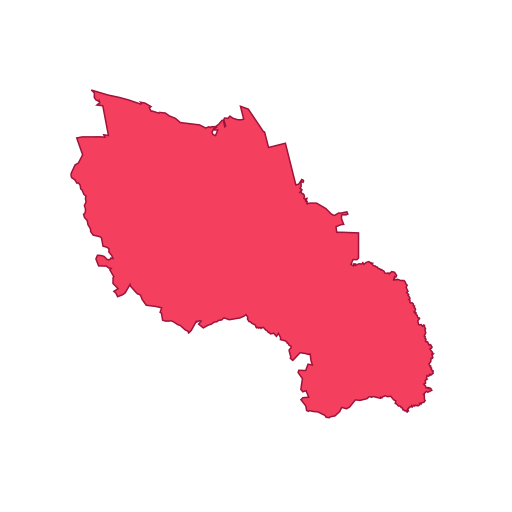 Rudbāržu pag., Skrundas, Latvia (Mercator projection), rotated 282°
{"feature_id": "27541924B63960792537365", "entity_name": "Rudbāržu pag.", "entity_type": "district", "adm_level": 2, "iso_a3": "LVA", "parent_name": "Latvia", "parent_adm1": "Skrundas", "projection": "mercator", "projection_center": [21.868, 56.65], "detail": "fine", "context": "isolated", "style": "filled", "palette": "rose", "viewbox_px": 512, "rotation_deg": 282, "n_neighbors": 0, "source": "geoboundaries", "source_scale": "gbopen_adm2", "svg_char_len": 6126}
<svg xmlns="http://www.w3.org/2000/svg" viewBox="0 0 512 512"><g transform="rotate(282 256 256)"><path d="M185.0,158.9L185.8,168.4L185.7,174.5L181.0,173.9L180.4,175.4L173.8,178.0L173.5,180.8L174.2,184.5L175.0,186.3L174.5,189.0L172.5,194.0L172.4,196.2L169.0,202.1L168.3,205.0L167.0,206.1L166.1,205.8L169.6,208.1L179.6,211.2L179.1,211.7L181.0,214.2L180.9,215.9L177.4,214.0L174.7,219.4L178.6,223.8L179.9,226.3L182.8,229.1L183.5,231.3L185.2,232.8L186.4,235.9L188.1,236.8L188.8,238.1L188.1,242.7L188.5,244.1L192.1,253.2L194.7,256.8L196.6,258.4L194.3,260.8L192.6,260.7L190.4,262.8L190.5,264.3L189.5,265.4L188.3,269.7L186.2,271.0L186.4,271.8L186.0,271.9L186.4,272.7L186.0,273.3L186.7,273.8L186.4,274.2L186.8,275.1L186.3,275.8L187.0,276.0L186.8,276.7L187.5,277.2L187.6,278.2L185.5,281.1L185.1,282.6L183.7,284.1L184.0,284.8L182.8,286.4L184.1,289.4L181.6,292.7L185.0,294.0L181.3,297.0L179.3,297.3L179.1,302.4L178.1,304.3L177.3,304.6L177.2,305.6L175.6,306.9L175.0,309.0L173.2,309.3L171.3,308.0L170.2,308.1L164.7,310.9L163.0,310.9L161.5,313.7L170.6,319.3L170.9,324.4L170.6,327.4L171.2,328.3L170.8,328.6L171.3,329.4L165.2,331.5L161.1,333.8L161.0,329.4L154.3,328.4L153.1,321.6L150.8,321.4L145.7,326.9L134.8,327.6L132.9,330.0L134.6,333.0L128.8,336.9L127.2,331.4L124.8,329.8L119.7,335.9L115.4,337.6L115.0,339.6L115.9,340.6L115.8,344.5L116.4,348.9L114.4,356.6L112.8,358.1L113.1,361.4L114.1,362.0L116.0,366.5L121.4,370.3L125.7,371.3L125.4,376.3L127.8,379.0L135.9,383.1L136.4,387.8L139.5,394.2L141.8,395.8L142.2,397.9L141.8,398.3L142.9,399.9L142.7,407.2L143.8,407.4L143.3,408.6L144.5,409.1L146.2,411.6L145.7,413.9L146.8,417.0L143.9,420.6L143.4,422.8L140.7,422.9L140.7,423.9L138.9,426.5L139.1,428.4L137.9,429.5L138.0,430.5L136.2,431.6L136.4,432.3L135.5,433.3L135.9,435.5L135.1,435.5L134.8,436.3L135.8,436.4L136.0,437.3L137.2,436.7L137.1,436.1L138.3,436.3L138.7,437.1L139.9,437.1L140.7,439.2L141.9,439.3L140.9,440.3L142.8,441.4L142.8,442.3L142.4,442.5L143.2,443.1L143.0,444.6L143.5,445.2L143.2,445.7L144.6,447.2L145.9,446.6L146.3,447.6L145.8,448.5L147.1,448.8L147.8,450.7L149.9,451.5L150.4,450.7L155.4,449.4L155.4,448.8L156.2,449.1L159.0,450.7L158.5,452.4L161.2,455.9L162.9,454.3L163.1,452.1L162.3,452.4L162.8,451.0L162.4,449.8L163.9,449.0L165.6,446.8L166.9,448.3L169.5,447.4L171.2,449.1L171.8,448.2L174.5,448.1L174.2,449.7L175.3,450.6L176.1,450.2L176.4,450.9L175.8,451.4L175.9,451.9L178.2,453.7L179.3,452.9L180.3,453.3L181.3,451.2L182.9,451.0L183.2,449.8L184.7,449.8L184.8,448.7L186.5,447.6L188.9,448.9L192.3,448.6L192.5,449.7L193.3,450.1L195.6,448.9L197.1,449.7L196.8,448.6L198.4,448.8L200.9,445.6L201.9,445.6L202.2,446.7L203.4,447.2L205.5,445.3L205.6,444.5L204.8,444.1L205.1,443.4L207.7,441.8L207.6,439.6L210.0,439.6L210.4,438.6L212.3,438.2L212.6,437.2L216.2,438.0L219.0,436.5L220.0,437.0L222.4,435.1L223.1,435.3L223.4,434.4L221.9,433.5L223.3,431.8L222.5,429.8L223.1,429.1L226.2,427.7L228.8,429.0L229.4,428.4L228.9,427.9L229.7,426.8L231.5,426.0L232.3,424.4L233.4,424.5L233.1,423.4L234.0,422.4L234.3,423.4L235.2,422.6L236.8,423.2L237.8,422.7L238.4,421.5L240.0,421.5L240.1,420.3L241.8,419.9L242.8,418.2L242.1,417.2L242.7,416.1L244.3,416.0L245.2,414.6L245.5,415.4L247.1,415.2L249.1,413.0L249.9,413.4L251.8,410.9L253.1,412.0L256.4,409.4L259.0,409.9L259.3,408.9L261.7,407.3L262.8,405.9L262.1,402.3L262.6,400.1L262.3,399.3L263.0,398.5L262.2,399.0L261.1,395.6L261.7,395.5L262.4,396.5L262.9,395.7L264.7,395.8L264.4,397.2L266.2,397.6L268.9,394.9L269.0,392.0L266.2,390.0L266.9,389.4L266.6,387.9L266.0,387.0L266.2,385.5L267.8,384.3L268.4,382.5L268.3,381.6L268.8,381.5L268.6,380.6L269.3,379.6L269.1,378.3L270.4,377.0L270.3,375.7L271.0,374.8L270.9,373.0L272.2,371.2L273.1,371.6L272.8,369.9L273.4,369.8L273.3,368.7L274.0,367.6L272.6,365.1L270.3,363.3L271.7,361.9L270.1,361.0L269.8,358.4L267.4,355.2L267.5,354.7L268.9,354.9L268.5,353.1L267.3,353.9L266.6,353.5L267.5,350.6L272.6,351.6L273.4,355.5L275.4,356.7L299.9,351.5L297.4,336.9L296.3,331.3L296.0,331.3L296.0,330.0L301.3,328.2L304.3,332.6L305.2,335.2L310.2,331.9L313.4,331.3L314.2,331.6L314.9,335.4L316.1,337.1L318.1,335.7L315.4,329.5L315.3,328.0L312.1,324.4L312.0,323.2L312.9,320.6L316.9,314.5L320.3,304.3L319.1,298.2L318.2,295.7L317.6,295.3L317.8,294.7L320.0,294.7L319.8,293.3L321.1,293.6L320.8,292.2L321.3,293.3L322.9,293.8L322.5,292.7L321.5,292.4L322.4,290.8L324.0,291.1L325.9,290.2L326.6,289.2L326.3,288.5L327.6,287.1L327.4,285.9L328.5,286.6L328.9,285.6L329.0,286.8L330.3,287.2L330.9,286.4L331.2,285.0L333.5,285.7L337.4,284.7L338.2,285.2L337.9,286.7L339.2,287.0L340.0,286.4L340.4,284.9L335.1,282.8L333.8,280.2L372.4,261.3L364.8,245.7L379.1,238.6L379.1,237.5L398.1,217.9L399.2,209.7L387.3,215.5L386.0,212.8L385.5,209.4L386.0,204.7L387.4,201.4L384.8,199.9L384.4,196.5L382.7,196.2L376.8,199.3L375.9,198.6L381.3,196.1L381.8,195.4L381.7,194.6L376.9,192.0L374.6,189.9L373.7,190.6L371.4,188.4L370.6,189.1L371.3,192.4L365.4,191.4L365.9,188.6L367.8,187.2L372.2,188.4L372.7,189.2L373.9,188.5L373.2,185.5L372.2,184.6L372.6,183.0L370.7,180.2L372.5,173.6L370.8,154.2L373.9,148.5L375.0,142.1L377.0,137.7L376.4,131.7L375.5,131.4L376.2,124.6L375.7,123.5L378.7,120.8L380.3,122.2L382.5,115.6L382.4,111.3L381.7,112.2L380.6,111.7L382.2,98.5L382.7,88.9L382.7,77.7L384.1,60.4L382.0,63.9L377.4,64.9L375.4,67.0L374.7,69.6L375.6,70.1L373.5,71.3L370.6,69.0L371.1,74.9L343.2,86.6L342.9,81.9L340.8,83.6L340.2,79.0L336.4,61.3L334.2,56.1L318.9,65.4L310.0,62.9L307.5,60.1L298.3,58.0L296.1,58.4L294.4,59.3L292.8,63.0L290.0,65.7L290.6,66.9L288.8,69.2L285.2,70.6L284.2,72.3L280.5,74.8L279.3,77.2L276.6,77.2L273.5,78.6L269.8,77.6L266.6,79.4L263.1,80.0L260.9,78.7L257.9,80.3L255.6,83.5L251.6,85.2L248.2,88.4L245.5,89.2L242.6,92.3L242.4,99.4L241.5,101.1L233.8,104.3L233.6,107.9L232.7,110.6L229.3,111.3L226.6,114.7L223.9,116.6L223.8,114.4L222.2,114.0L221.5,111.3L224.0,107.5L224.3,104.7L223.8,100.8L219.9,100.0L213.6,104.1L215.0,111.6L213.6,114.6L213.8,116.8L212.1,115.9L206.2,121.2L205.1,120.7L199.4,121.8L195.4,127.9L191.9,124.3L190.7,126.5L187.4,129.1L190.3,133.5L192.7,135.7L201.9,138.7L200.4,139.5L195.8,145.7L194.3,148.0L194.3,149.5L193.6,151.2L189.8,153.7L185.0,158.9Z" fill="#f43f5e" stroke="#9f1239" stroke-width="1.5"/></g></svg>